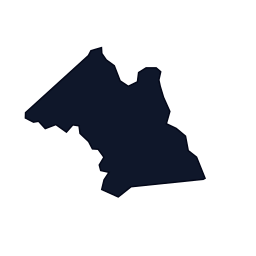 outline of Powhatan, Virginia, United States of America, rotated 36°
{"feature_id": "52423323B68084475698233", "entity_name": "Powhatan", "entity_type": "district", "adm_level": 2, "iso_a3": "USA", "parent_name": "United States of America", "parent_adm1": "Virginia", "projection": "natural_earth1", "projection_center": [-77.916, 37.554], "detail": "fine", "context": "isolated", "style": "filled", "palette": "ink", "viewbox_px": 256, "rotation_deg": 36, "n_neighbors": 0, "source": "geoboundaries", "source_scale": "gbopen_adm2", "svg_char_len": 712}
<svg xmlns="http://www.w3.org/2000/svg" viewBox="0 0 256 256"><g transform="rotate(36 128 128)"><path d="M219.9,123.4L200.6,111.3L190.0,110.9L179.3,100.8L167.2,100.0L156.5,102.0L152.1,90.0L138.7,82.3L129.5,75.3L124.7,71.0L121.4,63.3L115.5,62.8L107.3,68.7L104.0,76.9L108.5,85.1L103.7,94.1L93.9,94.5L80.3,85.7L70.4,85.7L63.0,83.1L59.3,78.6L52.6,87.2L53.4,92.7L36.1,175.8L39.1,180.2L48.1,178.8L51.7,175.1L61.4,177.1L67.6,167.6L80.6,167.5L81.5,157.9L87.1,155.0L92.4,160.6L104.1,162.1L111.5,165.8L116.3,162.7L125.7,165.8L126.5,174.8L130.9,178.4L138.7,175.0L139.1,184.0L142.9,193.2L160.6,189.5L165.0,173.7L178.6,161.5L211.8,131.7L219.0,125.3L219.9,123.4Z" fill="#0f172a" stroke="#020617" stroke-width="1.5"/></g></svg>